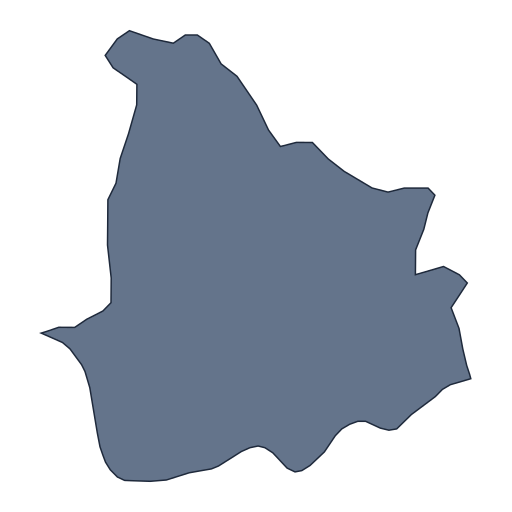 outline of Rinsan, Hwanghae-bukto, North Korea
{"feature_id": "82179303B26506354510144", "entity_name": "Rinsan", "entity_type": "district", "adm_level": 2, "iso_a3": "PRK", "parent_name": "North Korea", "parent_adm1": "Hwanghae-bukto", "projection": "natural_earth1", "projection_center": [126.038, 38.316], "detail": "fine", "context": "isolated", "style": "filled", "palette": "slate", "viewbox_px": 512, "rotation_deg": 0, "n_neighbors": 0, "source": "geoboundaries", "source_scale": "gbopen_adm2", "svg_char_len": 1271}
<svg xmlns="http://www.w3.org/2000/svg" viewBox="0 0 512 512"><path d="M201.5,470.6L211.4,468.9L218.5,466.0L241.4,451.5L249.9,447.7L258.1,446.0L264.9,447.7L272.8,452.8L287.1,468.1L295.0,471.9L301.8,470.6L310.0,465.5L324.4,451.9L335.3,435.7L341.8,428.9L349.6,424.3L357.8,421.3L365.6,421.3L380.3,428.1L388.9,430.2L396.7,428.9L411.4,414.5L435.3,396.6L442.4,389.4L450.3,384.7L470.8,378.7L469.6,374.3L466.7,365.5L462.8,349.0L459.0,328.4L451.1,307.7L459.2,295.4L467.3,283.0L459.4,274.8L443.5,266.5L415.4,274.7L415.6,249.9L423.8,229.3L427.9,212.9L434.9,195.2L428.1,188.1L404.1,188.1L388.0,192.1L372.1,188.0L344.2,171.4L328.3,159.0L312.4,142.5L296.4,142.4L280.4,146.5L268.5,130.0L256.7,105.2L237.0,76.3L221.1,63.9L209.3,43.3L197.3,35.0L185.3,35.0L173.3,43.2L153.3,39.0L129.4,30.7L117.3,38.9L105.2,55.4L113.1,67.8L117.7,71.0L125.0,76.0L136.9,84.3L136.7,104.9L128.5,133.8L120.2,158.5L116.0,183.2L107.9,199.7L107.7,224.4L107.5,245.0L111.2,278.0L111.0,302.7L102.9,311.0L86.8,319.2L74.7,327.4L58.7,327.3L46.7,331.4L41.2,333.1L62.5,342.5L70.0,348.9L81.6,364.7L85.0,371.5L89.8,387.7L97.3,432.8L100.0,446.8L102.8,454.9L105.5,462.1L110.3,469.8L117.4,477.0L124.6,480.4L131.9,480.7L150.2,481.3L166.3,480.0L189.1,472.8L201.5,470.6Z" fill="#64748b" stroke="#1e293b" stroke-width="1.5"/></svg>